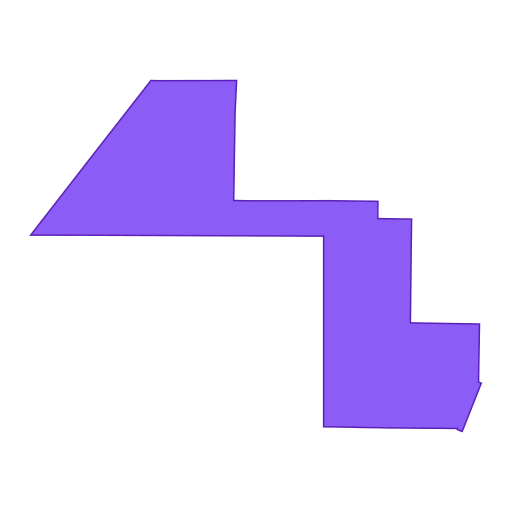 Almirante Brown, Chaco, Argentina (Mercator projection)
{"feature_id": "61730980B31934399065102", "entity_name": "Almirante Brown", "entity_type": "district", "adm_level": 2, "iso_a3": "ARG", "parent_name": "Argentina", "parent_adm1": "Chaco", "projection": "mercator", "projection_center": [-61.764, -25.756], "detail": "fine", "context": "isolated", "style": "filled", "palette": "violet", "viewbox_px": 512, "rotation_deg": 0, "n_neighbors": 0, "source": "geoboundaries", "source_scale": "gbopen_adm2", "svg_char_len": 1342}
<svg xmlns="http://www.w3.org/2000/svg" viewBox="0 0 512 512"><path d="M323.6,426.8L330.7,426.9L333.1,426.9L350.6,427.2L359.1,427.4L371.1,427.6L379.6,427.7L388.3,427.9L388.7,427.9L390.7,427.9L404.8,428.0L413.7,428.1L441.6,428.3L445.0,428.3L446.4,428.4L447.0,428.4L457.3,428.5L457.3,429.5L462.1,431.5L462.4,430.9L481.3,383.2L478.6,382.1L478.6,376.0L479.5,324.0L479.4,324.0L477.9,324.0L411.3,322.9L410.4,322.9L411.3,240.1L411.6,219.1L377.8,218.6L377.9,201.4L377.3,201.3L367.8,201.2L329.9,200.7L327.8,200.7L323.8,200.7L323.5,200.7L323.0,200.7L294.1,200.8L291.5,200.8L287.0,200.8L250.2,200.8L233.7,200.5L234.0,182.9L234.4,155.1L235.1,112.1L236.6,80.5L227.6,80.5L209.1,80.6L156.5,80.7L151.3,80.5L150.9,80.5L90.3,158.3L83.5,167.0L83.4,167.2L66.7,188.7L50.4,209.7L38.2,225.4L30.7,235.1L85.2,235.2L188.2,235.6L233.0,235.8L239.1,235.8L247.3,235.8L255.6,235.9L262.8,235.9L264.9,235.9L266.4,235.9L268.0,235.9L274.5,235.9L279.3,236.0L288.9,236.0L293.7,236.0L305.2,236.1L318.1,236.1L322.5,236.1L323.6,236.1L323.6,250.8L323.6,272.0L323.6,290.2L323.6,293.3L323.6,295.1L323.6,296.9L323.6,297.7L323.6,304.8L323.6,324.3L323.6,329.6L323.6,331.4L323.6,337.4L323.6,343.5L323.6,344.7L323.6,346.5L323.6,347.2L323.6,347.6L323.6,369.8L323.6,377.5L323.6,380.6L323.6,394.9L323.6,405.8L323.6,413.5L323.6,426.8Z" fill="#8b5cf6" stroke="#5b21b6" stroke-width="1.5"/></svg>